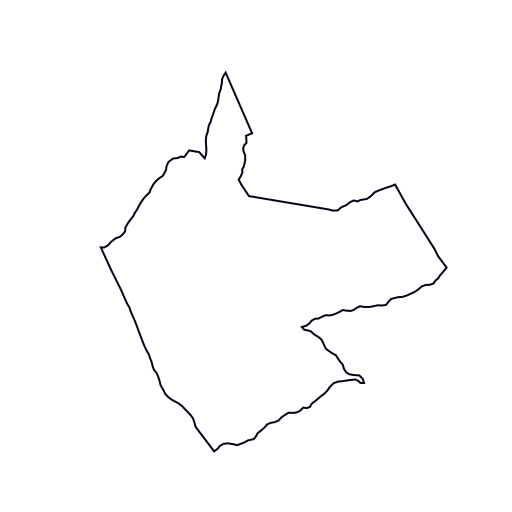 outline of Miraíma, Ceará, Brazil, rotated 234°
{"feature_id": "56859067B49924761215714", "entity_name": "Miraíma", "entity_type": "district", "adm_level": 2, "iso_a3": "BRA", "parent_name": "Brazil", "parent_adm1": "Ceará", "projection": "robinson", "projection_center": [-39.915, -3.576], "detail": "fine", "context": "isolated", "style": "outline", "palette": "ink", "viewbox_px": 512, "rotation_deg": 234, "n_neighbors": 0, "source": "geoboundaries", "source_scale": "gbopen_adm2", "svg_char_len": 3064}
<svg xmlns="http://www.w3.org/2000/svg" viewBox="0 0 512 512"><g transform="rotate(234 256 256)"><path d="M122.5,107.3L122.6,111.7L123.6,115.2L123.1,119.3L121.1,123.0L117.0,127.1L114.2,129.4L113.2,132.5L112.1,136.7L111.5,141.2L109.2,146.5L110.1,150.0L111.7,153.2L111.8,157.3L112.3,162.4L113.2,166.1L112.4,169.7L110.5,173.7L109.7,177.7L110.5,181.9L110.4,185.8L110.1,190.2L107.5,193.4L105.6,196.8L104.9,200.5L105.6,205.1L103.0,207.8L102.2,211.0L103.8,214.4L103.9,219.8L104.4,225.9L104.4,229.9L105.1,234.3L106.6,238.6L107.5,244.0L106.1,248.7L104.0,252.2L102.0,256.1L100.2,259.5L97.7,263.8L94.8,265.3L91.8,265.9L89.8,268.8L93.9,270.1L98.6,269.4L102.0,265.4L105.4,262.0L108.9,260.6L112.8,260.8L117.1,262.3L121.2,262.0L125.1,262.0L128.7,262.3L132.3,260.6L136.7,259.0L139.8,258.0L143.0,258.6L146.5,259.3L149.8,259.9L153.4,259.0L158.6,256.9L162.9,256.1L165.4,254.1L168.0,251.7L171.6,251.4L170.1,255.6L170.1,259.9L171.0,263.0L170.5,266.9L168.7,269.8L168.0,274.0L167.2,277.6L164.7,280.5L163.4,283.3L162.5,286.5L161.7,290.4L161.3,294.4L158.8,296.9L156.1,300.0L155.0,302.9L154.9,306.6L154.3,310.5L151.1,313.7L148.1,317.7L145.9,322.5L144.6,325.5L142.2,328.4L140.0,332.3L141.2,336.6L141.8,340.2L140.4,343.6L139.0,347.1L136.9,350.3L135.5,354.4L134.5,359.0L133.6,364.1L133.6,368.3L134.0,372.0L132.8,376.5L130.5,379.7L129.4,383.6L130.6,386.4L130.8,390.1L132.2,393.6L133.4,399.0L134.5,403.4L148.7,403.2L156.4,404.5L181.0,406.1L209.5,407.8L232.1,410.5L233.1,406.2L234.2,402.9L235.5,398.7L236.7,394.4L237.8,389.5L236.9,383.8L237.0,379.1L238.4,376.5L240.0,373.3L240.5,370.2L243.5,367.7L244.2,363.9L244.1,358.9L245.3,353.5L244.8,348.9L247.8,344.6L251.2,341.9L308.6,285.5L322.3,286.1L328.0,286.9L329.9,291.4L331.6,294.1L334.3,295.8L335.7,299.0L339.9,303.6L343.8,306.4L347.8,307.4L350.7,308.9L352.6,311.6L353.1,314.7L355.9,316.7L359.1,318.6L357.6,325.0L422.2,339.2L420.7,335.2L418.6,332.1L416.1,330.2L414.2,328.0L411.8,325.7L409.6,322.3L407.4,320.0L405.2,317.9L402.6,315.2L400.9,312.5L399.2,309.3L396.5,305.4L393.5,301.0L391.1,298.0L389.4,294.6L387.3,292.4L384.7,289.8L382.3,286.3L379.6,283.8L376.2,281.5L373.5,279.8L371.0,278.2L367.5,275.3L365.2,271.9L373.4,271.1L380.7,264.0L379.3,259.5L378.3,256.1L380.5,253.8L381.4,250.1L383.6,246.1L383.5,240.3L381.3,236.5L378.6,233.8L376.8,230.4L375.6,227.6L375.8,223.4L375.4,219.1L374.3,215.1L372.2,210.5L370.0,207.2L369.3,202.2L368.4,198.3L367.0,194.6L365.3,190.6L363.5,187.2L362.1,183.3L360.3,179.9L359.4,176.5L358.0,172.0L355.8,167.1L352.8,164.5L351.7,160.3L351.5,157.0L352.8,153.2L352.7,147.5L351.6,142.2L352.1,138.2L354.2,135.5L329.9,130.6L309.1,127.1L306.4,126.6L302.0,125.6L297.3,124.6L293.1,123.7L288.4,123.3L285.8,122.3L281.5,121.3L274.4,119.8L253.1,113.9L248.2,112.7L243.8,111.9L239.2,111.5L236.1,110.3L232.7,109.6L229.7,108.5L226.8,107.3L223.7,106.6L220.0,106.8L216.4,106.1L211.7,104.6L207.7,102.9L204.4,102.5L201.2,102.2L198.0,101.5L193.4,102.1L189.5,103.3L186.3,104.8L182.3,106.7L177.8,108.0L173.7,108.5L169.2,109.2L165.0,109.6L161.7,109.6L158.3,108.6L153.2,106.7L122.5,107.3Z" fill="none" stroke="#020617" stroke-width="2"/></g></svg>